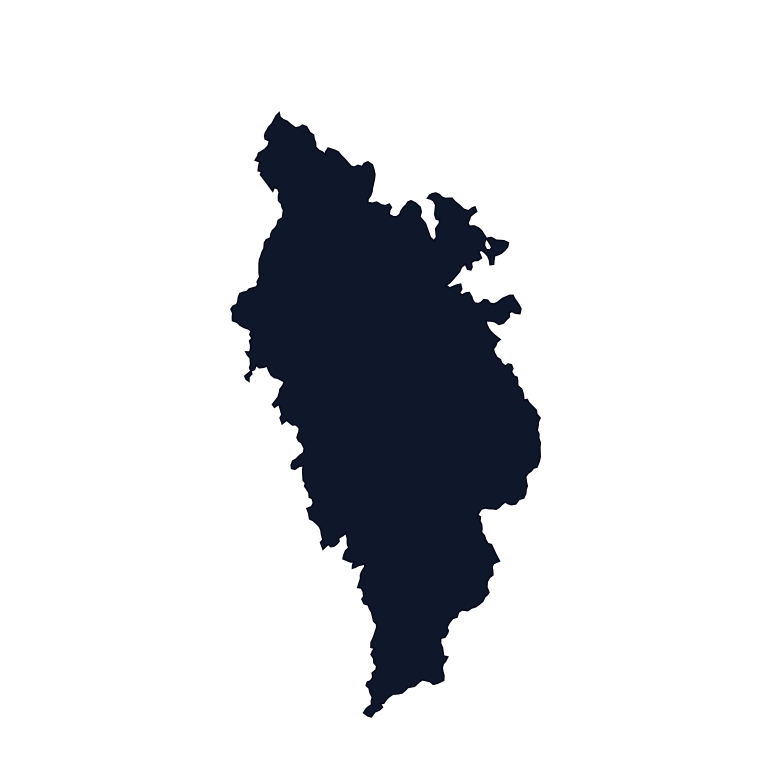 the district of Bom Jardim da Serra, Santa Catarina, Brazil, rotated 151°
{"feature_id": "56859067B26103840950670", "entity_name": "Bom Jardim da Serra", "entity_type": "district", "adm_level": 2, "iso_a3": "BRA", "parent_name": "Brazil", "parent_adm1": "Santa Catarina", "projection": "albers", "projection_center": [-49.659, -28.371], "detail": "fine", "context": "isolated", "style": "filled", "palette": "ink", "viewbox_px": 768, "rotation_deg": 151, "n_neighbors": 0, "source": "geoboundaries", "source_scale": "gbopen_adm2", "svg_char_len": 6168}
<svg xmlns="http://www.w3.org/2000/svg" viewBox="0 0 768 768"><g transform="rotate(151 384 384)"><path d="M494.0,459.9L490.3,459.4L486.7,462.5L485.3,458.7L481.3,457.0L477.6,456.4L478.3,451.5L478.4,446.6L476.8,442.8L474.2,440.6L470.1,434.3L473.1,431.8L477.6,429.8L479.8,426.9L483.1,423.8L491.5,420.2L491.1,416.7L485.7,417.2L488.2,406.7L491.3,404.8L492.4,398.5L486.8,399.5L483.9,392.5L481.1,391.3L479.4,386.8L481.4,383.5L483.9,381.5L486.1,379.2L486.3,375.7L484.7,372.6L485.0,366.3L487.7,363.0L492.0,362.5L497.4,360.9L501.2,360.9L504.5,358.1L505.8,354.9L503.2,352.6L498.3,353.1L494.1,351.7L496.7,348.5L501.4,338.9L500.7,335.5L503.0,333.0L502.6,329.5L502.4,325.2L504.3,321.2L502.3,318.7L503.5,314.2L506.8,311.8L511.8,312.5L512.6,307.2L514.5,302.1L512.4,299.2L510.7,294.7L509.7,290.4L510.0,286.8L511.7,282.4L513.0,277.4L516.3,276.3L517.5,269.0L510.4,270.9L509.5,267.6L506.5,266.4L503.1,266.9L499.6,268.1L498.5,271.3L493.6,271.3L489.6,272.0L490.9,266.6L493.6,261.9L494.2,257.8L498.4,256.8L502.0,253.9L504.6,250.9L499.4,244.4L496.7,243.1L499.2,240.9L500.9,238.2L497.7,237.6L494.5,237.6L487.8,235.8L489.8,233.2L492.5,231.8L495.0,230.3L497.2,228.3L499.1,224.9L505.7,218.8L502.7,216.5L502.8,212.6L504.8,207.9L507.6,206.6L507.9,201.4L505.0,198.5L505.6,194.4L505.5,190.4L508.1,181.5L506.9,177.6L508.5,174.5L516.0,167.6L520.7,164.1L523.1,160.0L520.4,157.5L523.5,155.9L526.5,153.7L526.1,148.9L528.0,145.0L527.2,140.7L529.6,137.9L534.4,137.0L536.2,132.7L539.7,130.9L543.1,131.4L545.8,128.9L544.5,125.3L545.9,120.7L546.1,115.7L548.8,112.9L550.5,109.3L554.0,109.3L557.1,108.5L561.3,106.3L559.0,101.5L556.5,99.0L550.9,101.6L546.3,101.0L542.1,102.0L542.1,106.2L539.0,104.9L535.0,106.9L531.6,107.9L526.4,108.4L522.5,106.4L518.1,105.0L514.1,105.7L510.3,107.0L503.9,104.8L497.4,106.3L493.9,106.7L488.1,101.6L486.5,97.4L482.2,96.3L475.4,95.9L473.0,99.8L472.0,103.9L470.7,107.5L467.9,110.5L464.5,111.7L460.5,114.4L463.8,117.2L460.7,125.0L460.3,129.6L457.7,134.1L453.5,133.0L449.7,134.9L447.4,136.9L447.0,140.5L442.7,143.5L437.6,145.6L433.2,144.7L429.4,148.3L425.1,148.5L420.8,145.2L416.0,145.6L412.0,144.7L407.9,145.1L402.9,146.1L399.0,148.9L395.7,149.6L393.2,150.9L392.6,156.2L389.6,161.0L385.7,163.5L381.3,164.2L379.2,168.7L378.2,171.7L375.3,173.8L368.8,173.1L368.7,181.2L367.9,191.5L370.5,194.0L370.6,198.5L369.7,202.7L370.6,207.0L368.4,210.0L366.8,213.7L366.5,217.6L364.1,221.0L365.8,224.0L359.5,227.4L355.5,226.5L352.9,224.3L349.1,222.0L346.7,220.1L343.1,220.3L340.2,221.2L335.3,222.1L333.6,219.4L331.3,216.8L326.9,215.2L321.7,217.6L317.1,216.5L313.2,219.4L310.8,223.0L308.2,225.2L307.0,229.2L305.0,234.3L301.1,236.1L297.5,236.5L294.1,237.9L290.4,237.2L285.4,241.4L282.6,244.7L278.3,253.2L275.8,256.6L275.0,261.5L272.7,265.2L272.4,269.3L269.5,272.7L267.7,275.8L263.9,278.7L264.9,283.6L263.5,287.3L266.3,297.4L266.3,301.1L269.6,302.0L267.4,306.7L266.0,312.7L267.9,317.8L265.5,322.2L264.3,325.3L266.3,327.7L266.6,332.9L263.8,335.0L263.2,338.9L265.7,341.4L269.0,340.7L271.0,345.0L270.4,349.0L272.4,352.6L272.3,357.7L271.4,361.7L267.9,363.2L264.8,365.9L260.8,366.6L262.7,370.9L264.2,374.8L265.1,378.1L265.6,381.7L265.3,386.0L264.2,389.7L260.3,387.5L257.0,384.8L254.5,380.3L249.8,379.4L245.6,381.0L241.7,381.9L240.1,385.6L236.9,385.5L235.1,382.6L231.1,379.6L227.8,383.3L227.6,387.6L228.4,395.7L228.1,399.0L231.1,400.6L238.8,401.4L245.3,400.3L248.9,400.7L252.0,403.0L252.7,407.1L255.8,409.4L259.4,408.3L262.3,408.5L265.4,410.8L265.7,414.1L265.0,417.9L265.1,422.7L268.0,423.9L272.6,424.1L274.0,426.9L270.0,429.3L268.6,434.2L272.9,435.4L280.0,436.2L281.9,440.3L277.5,440.6L273.6,441.9L263.5,445.6L259.6,448.6L254.7,449.5L255.3,443.8L252.7,441.7L250.3,443.5L248.8,447.9L245.0,448.1L242.1,446.5L237.6,447.0L236.9,454.3L233.8,453.6L232.2,449.9L231.2,445.8L231.7,441.2L233.4,436.9L230.1,435.6L225.4,442.4L221.2,441.7L217.9,441.5L213.5,442.4L209.3,444.1L206.7,447.3L209.6,451.1L216.2,455.4L219.1,460.2L223.8,461.8L224.3,470.5L225.6,474.6L228.4,478.5L232.8,480.6L232.6,484.1L229.6,486.3L227.3,488.7L223.1,489.6L219.3,490.0L218.6,494.8L221.5,495.2L226.2,494.6L229.7,498.4L231.2,503.5L233.4,508.8L234.5,513.6L240.4,516.6L242.5,518.9L243.8,523.0L246.1,526.0L249.4,527.0L252.5,527.1L255.9,525.4L253.3,523.0L251.8,520.0L252.0,515.5L257.6,507.4L258.4,502.9L255.9,500.4L257.6,497.8L263.5,494.8L266.9,487.1L270.8,485.0L272.4,489.7L269.9,504.5L271.6,512.8L267.9,516.6L266.6,521.0L268.5,526.7L271.5,531.2L275.1,531.5L277.7,530.0L281.4,529.0L285.1,527.2L288.0,524.7L291.9,524.2L294.7,525.7L297.2,529.7L295.1,532.9L291.9,534.9L292.1,538.8L296.3,539.3L299.4,541.8L302.2,546.6L306.5,547.8L310.2,550.5L308.3,553.6L304.3,555.4L301.2,558.1L299.4,560.7L293.2,567.7L290.4,571.6L288.9,576.4L287.9,581.2L290.3,586.1L294.6,586.5L297.6,584.7L300.8,587.9L305.0,588.1L307.2,590.5L309.1,598.8L310.9,605.3L311.5,609.2L313.7,612.3L318.5,617.5L322.4,615.4L324.2,613.1L325.2,616.5L327.7,620.1L328.8,624.5L326.9,628.2L326.4,631.9L324.9,636.0L326.9,639.9L327.0,646.6L329.8,649.9L333.3,649.7L337.2,650.9L339.7,656.1L341.4,660.9L343.9,663.9L345.5,667.8L344.2,672.1L348.1,671.0L355.8,666.0L360.6,664.5L363.2,662.7L365.9,661.3L368.2,658.8L369.2,655.7L366.3,652.3L369.7,648.6L374.0,647.2L378.4,646.7L381.8,646.8L384.3,644.3L388.2,642.2L384.9,638.4L388.0,635.3L390.7,631.5L388.1,628.9L390.6,627.0L389.1,616.8L387.9,606.6L384.6,609.1L382.2,606.0L382.7,602.5L385.2,599.6L387.4,595.4L386.3,591.6L387.4,588.4L387.7,584.7L392.2,578.7L397.2,578.4L400.7,574.6L403.6,573.2L407.2,572.3L410.2,570.0L412.8,566.7L416.9,567.3L420.0,565.6L423.3,560.7L427.0,558.2L429.8,555.4L432.4,553.3L435.0,549.7L439.5,541.6L440.6,538.0L445.3,535.0L446.4,531.8L449.2,530.9L455.8,532.5L459.3,531.3L462.6,532.5L466.3,532.9L469.4,530.4L471.8,527.0L474.3,524.9L478.0,525.4L481.6,523.7L481.9,519.3L484.1,516.2L485.8,512.8L482.4,509.0L481.5,505.4L479.2,501.5L476.0,498.0L474.5,494.6L477.4,492.4L477.3,488.0L480.7,486.9L481.7,483.0L483.5,479.6L486.0,477.1L489.3,479.1L489.4,475.6L488.5,471.5L491.2,465.7L493.8,463.3L494.0,459.9ZM223.8,461.8L223.4,454.5L223.6,451.0L226.5,449.9L229.2,451.8L229.0,456.3L227.1,459.3L223.8,461.8ZM494.0,459.9L502.0,458.4L502.3,455.0L500.8,451.9L498.7,455.6L494.8,456.8L494.0,459.9Z" fill="#0f172a" stroke="#020617" stroke-width="1.5"/></g></svg>